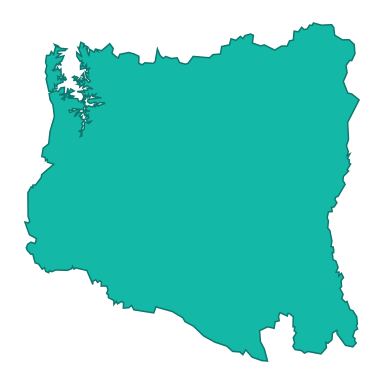 the district of Sragen, Jawa Tengah, Indonesia
{"feature_id": "22746128B28263166501815", "entity_name": "Sragen", "entity_type": "district", "adm_level": 2, "iso_a3": "IDN", "parent_name": "Indonesia", "parent_adm1": "Jawa Tengah", "projection": "equal_earth", "projection_center": [110.906, -7.392], "detail": "fine", "context": "isolated", "style": "filled", "palette": "teal", "viewbox_px": 384, "rotation_deg": 0, "n_neighbors": 0, "source": "geoboundaries", "source_scale": "gbopen_adm2", "svg_char_len": 5570}
<svg xmlns="http://www.w3.org/2000/svg" viewBox="0 0 384 384"><path d="M55.8,270.0L67.7,270.3L71.9,268.5L72.5,266.3L74.0,269.1L75.9,267.9L86.9,270.5L92.8,284.4L93.0,281.0L95.8,279.8L97.6,282.4L99.7,280.8L101.4,281.9L101.2,286.1L106.8,286.0L108.0,289.9L106.6,293.4L108.4,294.9L108.4,297.6L113.9,300.5L113.9,304.4L116.3,301.4L117.5,303.9L121.5,301.4L123.6,303.0L123.3,308.1L128.8,307.7L131.6,305.4L133.9,309.8L153.8,312.9L155.9,306.9L172.3,311.5L182.8,317.7L185.0,321.6L193.6,326.2L203.5,335.8L214.8,342.1L226.9,346.2L232.6,351.4L240.0,352.0L242.9,354.7L245.7,349.8L252.2,357.2L261.9,360.6L267.5,361.0L264.3,349.0L260.4,341.6L259.6,330.6L267.8,326.8L274.1,328.3L275.1,321.9L279.2,320.7L278.5,316.2L280.0,312.6L287.2,316.0L287.9,313.5L289.5,313.6L293.3,316.8L293.0,326.8L294.9,327.0L294.1,330.7L296.4,332.8L293.3,337.6L294.6,342.9L292.9,346.3L295.1,349.6L301.2,350.5L304.5,353.1L308.0,351.5L321.0,353.9L326.5,347.6L325.7,342.4L328.0,343.3L331.9,339.8L332.5,333.0L336.9,330.3L337.1,333.8L345.5,345.3L352.8,346.9L356.2,343.0L354.7,341.2L355.0,338.5L352.8,336.7L354.7,330.6L357.6,329.0L356.3,325.8L357.4,323.9L356.7,316.8L352.8,310.6L350.0,309.8L347.0,301.4L345.3,302.2L341.7,298.5L343.1,294.4L339.9,288.3L341.6,286.6L341.1,280.7L343.5,277.5L341.3,273.3L338.7,276.0L339.1,272.1L336.1,272.2L338.1,267.4L335.8,261.0L333.1,259.7L332.2,252.6L333.6,252.7L333.8,250.7L333.1,246.9L331.0,246.5L331.9,241.0L329.8,230.4L327.7,228.1L328.4,220.9L327.2,217.8L328.4,211.9L332.2,211.6L331.5,207.4L334.1,206.9L336.9,202.7L334.9,199.6L335.6,197.3L338.1,196.3L345.1,184.3L342.9,180.4L343.4,176.4L348.6,171.0L347.1,169.7L350.6,164.0L349.0,162.8L349.4,159.9L347.4,158.5L349.8,153.9L347.0,155.5L348.3,151.7L346.4,145.9L348.5,139.4L347.6,122.4L359.1,99.9L351.8,94.0L347.7,93.0L343.3,81.5L347.1,72.7L346.0,65.5L349.6,60.5L351.7,60.6L354.9,53.8L354.2,44.5L349.1,39.7L342.5,39.9L334.7,35.2L333.7,27.5L331.6,24.7L321.5,25.2L313.4,23.0L312.2,25.4L309.6,25.1L307.2,29.0L303.9,29.5L301.7,27.3L298.4,31.8L294.1,31.1L293.3,40.1L289.5,40.8L287.2,46.1L281.4,46.1L274.8,50.1L264.2,44.9L260.5,45.9L252.4,43.0L253.4,35.3L250.6,34.0L245.0,35.6L242.9,38.6L240.4,36.4L236.0,40.3L231.0,38.8L229.5,44.8L221.7,46.5L220.4,54.0L213.0,54.6L209.5,57.8L193.2,56.4L188.2,63.2L185.6,64.2L179.6,62.6L177.1,57.8L171.5,58.5L165.8,56.5L163.1,58.3L160.0,55.3L157.4,48.9L155.2,61.6L153.2,63.4L144.9,62.8L142.2,64.8L138.8,63.4L138.9,56.3L133.9,53.9L128.8,52.5L119.8,54.3L118.3,57.9L116.0,56.7L112.0,53.1L113.2,48.4L109.8,43.7L101.6,50.7L96.6,49.3L97.6,51.1L95.2,49.6L94.4,52.2L89.7,49.3L89.0,56.2L87.2,50.9L88.2,47.8L86.5,48.7L87.2,46.6L84.8,45.4L83.5,46.8L84.1,43.9L80.8,42.3L79.5,48.0L78.1,47.4L82.0,57.0L76.7,52.3L77.0,56.5L80.1,61.3L81.8,60.7L81.2,63.8L83.9,62.1L82.1,64.2L83.2,66.4L80.5,65.6L80.5,69.3L85.4,68.2L85.3,65.7L86.5,64.5L86.6,70.1L90.1,67.5L88.1,70.1L88.5,73.6L85.3,71.8L86.2,76.2L87.8,76.5L86.6,77.1L90.5,81.1L88.5,82.5L86.1,79.1L85.0,80.5L83.5,73.3L81.6,75.6L83.4,75.8L83.5,79.7L82.3,78.7L82.7,80.7L81.3,80.4L82.3,82.3L79.6,81.3L80.0,78.4L77.8,80.7L76.3,79.3L77.9,77.5L74.4,76.1L72.5,77.3L75.2,78.7L73.4,80.8L75.8,79.9L78.0,83.0L79.1,81.6L79.7,83.9L77.5,84.3L80.1,85.2L79.8,87.0L84.3,83.6L82.9,87.9L86.9,85.8L93.0,89.1L87.1,88.2L87.6,90.5L84.0,90.0L84.9,92.8L83.3,90.8L77.1,91.6L82.4,92.8L83.6,96.0L84.7,95.5L82.6,99.4L85.3,99.3L85.4,95.5L87.1,96.1L86.9,98.4L88.5,94.3L89.2,97.8L92.2,94.4L92.9,96.9L93.2,95.4L95.6,94.3L93.9,96.7L101.5,97.7L88.1,99.4L87.6,101.7L90.0,103.5L95.0,102.2L98.2,103.6L99.6,102.6L103.7,102.7L104.4,102.9L104.6,103.5L98.6,105.6L95.6,103.6L97.8,105.8L95.1,105.4L95.2,106.7L94.8,106.9L94.6,104.4L92.4,107.0L88.6,105.8L85.7,108.0L85.8,109.9L90.0,111.1L86.1,111.0L85.8,112.5L84.8,110.0L83.3,111.2L85.0,115.7L87.8,114.8L86.1,117.3L88.6,116.3L88.6,118.3L85.9,119.2L87.6,121.9L91.2,121.3L89.0,123.5L84.4,121.8L84.3,129.0L81.9,130.6L81.9,135.9L80.3,136.5L81.7,133.2L78.7,130.7L80.8,131.2L82.8,125.8L81.6,123.5L84.5,119.8L81.5,118.8L82.1,116.6L80.4,118.2L81.2,116.6L79.2,116.0L82.6,112.7L78.8,112.4L74.6,116.8L75.8,113.4L79.6,110.8L78.0,109.6L69.8,112.5L69.0,110.3L72.9,110.2L72.6,108.5L83.2,109.7L83.9,107.0L86.5,106.0L84.2,104.5L85.6,101.7L83.3,103.9L84.0,101.8L82.0,102.3L84.0,100.2L78.6,101.5L77.7,98.7L71.4,98.2L73.9,96.2L71.9,95.7L71.1,98.1L70.0,98.1L70.7,95.8L70.3,95.4L68.1,98.5L69.6,93.1L74.1,90.9L70.7,88.9L68.2,93.2L67.9,88.0L66.8,93.3L65.4,93.8L66.6,96.4L64.7,97.5L64.2,100.9L63.9,98.1L61.2,99.5L64.0,97.1L64.8,94.9L59.1,94.8L64.1,93.4L64.5,87.3L60.7,87.9L58.3,91.8L56.2,90.5L49.1,93.5L50.1,99.8L52.9,104.6L54.4,116.5L50.0,131.6L48.7,143.8L43.2,148.2L41.8,156.6L45.1,157.4L45.5,160.7L47.2,159.4L47.5,162.2L53.8,164.2L41.7,174.6L41.2,177.6L35.6,185.0L32.9,185.1L32.9,187.7L31.2,186.8L27.9,192.6L28.1,216.4L29.7,221.3L28.6,222.9L24.9,222.0L29.5,234.8L36.5,238.6L35.2,243.5L30.9,242.2L27.7,244.3L26.3,247.8L27.2,250.1L30.6,254.1L32.8,254.1L35.1,262.8L38.6,264.0L42.3,269.2L44.6,267.7L45.7,271.4L48.7,272.7L49.4,270.6L51.7,271.7L55.8,270.0ZM48.9,91.3L53.6,91.4L52.7,89.4L56.5,88.7L54.8,87.8L54.5,84.5L56.9,86.8L57.0,84.4L63.0,82.1L63.1,77.9L65.1,80.4L66.3,79.3L65.1,77.1L63.4,77.5L63.8,73.5L61.0,80.1L59.8,77.8L58.0,79.6L57.6,76.2L59.5,77.1L61.2,75.8L60.9,69.0L59.1,70.6L57.3,67.2L57.1,69.4L53.9,70.9L52.5,70.1L55.3,68.4L54.6,67.4L56.7,63.8L58.4,64.8L59.2,62.7L60.4,65.1L61.0,64.9L59.6,62.3L61.7,61.2L63.9,55.8L55.5,58.0L60.9,53.6L57.4,53.4L57.8,51.0L64.9,50.6L66.8,48.9L60.5,48.3L58.1,46.0L57.1,47.7L57.3,45.6L54.5,44.5L55.7,46.5L53.6,54.4L51.3,51.5L49.8,55.2L46.5,55.5L45.6,62.3L46.8,65.8L45.3,72.1L47.2,75.7L46.1,79.0L48.9,91.3Z" fill="#14b8a6" stroke="#0f766e" stroke-width="1.5"/></svg>